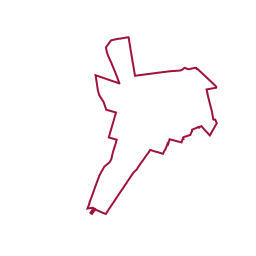 the district of Zeist, Utrecht, Netherlands, rotated 219°
{"feature_id": "6326949B68881677079374", "entity_name": "Zeist", "entity_type": "district", "adm_level": 2, "iso_a3": "NLD", "parent_name": "Netherlands", "parent_adm1": "Utrecht", "projection": "albers", "projection_center": [5.247, 52.115], "detail": "fine", "context": "isolated", "style": "outline", "palette": "rose", "viewbox_px": 256, "rotation_deg": 219, "n_neighbors": 0, "source": "geoboundaries", "source_scale": "gbopen_adm2", "svg_char_len": 5172}
<svg xmlns="http://www.w3.org/2000/svg" viewBox="0 0 256 256"><g transform="rotate(219 128 128)"><path d="M170.7,135.3L164.8,133.3L164.0,133.1L163.4,132.9L156.4,128.5L155.3,129.0L154.4,129.3L152.5,130.2L149.8,131.3L147.0,132.5L145.7,129.3L145.3,128.3L144.6,126.7L142.5,121.7L141.8,120.0L141.2,118.6L140.6,117.1L137.0,108.6L129.4,111.8L128.0,108.6L126.9,105.9L125.8,103.0L125.0,101.0L124.7,100.3L124.5,99.8L121.9,94.4L121.4,93.3L121.3,92.9L121.1,92.1L121.0,91.2L120.8,90.2L120.7,89.8L121.0,88.6L121.3,86.8L121.6,85.5L121.7,85.1L122.1,82.8L121.9,81.9L121.5,79.7L121.1,77.0L121.0,76.6L120.8,76.0L120.7,75.0L120.6,74.8L120.5,74.1L120.3,72.9L119.7,71.2L119.6,70.8L119.5,70.6L119.3,70.3L119.2,69.7L119.0,69.2L118.8,68.5L117.3,64.1L116.3,61.2L115.0,57.5L114.8,56.9L113.2,52.4L110.9,45.5L110.6,45.5L110.4,44.7L110.0,43.6L109.4,41.8L108.8,39.9L108.2,40.6L107.4,41.5L105.5,43.5L104.9,44.1L104.3,43.9L104.1,42.0L104.1,41.7L103.9,40.0L103.8,38.4L103.3,38.4L102.1,38.5L101.9,38.6L102.0,39.0L102.1,40.6L102.1,41.5L102.2,43.6L102.2,43.8L102.2,44.2L102.3,44.4L101.7,44.4L101.2,44.3L100.9,44.3L100.7,44.4L100.4,44.5L99.1,44.9L95.9,45.8L93.9,46.3L93.6,46.4L91.5,47.1L91.2,47.2L91.3,48.6L91.5,50.1L91.5,50.3L91.5,50.6L91.6,51.6L91.7,52.0L91.8,53.1L91.8,53.4L91.8,53.6L91.9,54.1L91.9,54.9L92.1,56.9L92.2,57.8L92.3,58.8L92.6,62.3L92.6,63.0L92.7,63.4L92.7,63.9L92.9,65.5L93.0,66.3L93.0,66.5L93.2,68.5L93.2,68.9L93.3,69.9L93.8,75.2L93.8,75.6L93.9,76.1L93.9,76.6L94.2,80.1L94.3,80.9L94.3,81.5L94.4,82.3L94.5,83.7L94.8,86.3L95.1,89.8L95.3,91.8L95.3,92.7L95.6,95.1L95.6,95.9L95.7,96.7L95.1,101.3L95.2,102.2L95.4,103.1L95.5,104.1L95.6,104.7L95.7,105.7L95.8,107.5L95.9,108.9L96.0,110.6L96.0,110.9L96.0,111.5L96.1,112.8L96.3,115.7L96.4,116.9L96.4,117.5L96.5,118.6L96.5,121.1L96.7,122.7L97.0,124.9L95.0,125.7L93.5,126.3L92.5,126.6L91.9,126.9L89.8,127.9L87.2,128.9L85.6,129.5L84.6,129.9L85.6,134.6L85.6,134.8L85.6,135.3L85.6,135.5L85.7,135.8L85.9,136.0L86.0,136.2L86.1,136.3L86.1,136.5L86.1,136.9L86.1,137.2L86.2,137.3L86.3,137.6L86.8,138.9L87.0,139.6L87.2,140.2L87.4,140.7L87.0,140.6L86.6,140.5L87.2,142.1L87.6,143.0L88.6,145.4L77.8,150.3L77.7,150.4L77.4,150.4L77.3,150.5L77.9,152.0L78.2,152.7L78.5,153.4L77.9,154.3L79.2,155.3L79.1,155.6L79.0,155.9L78.8,156.4L77.3,158.5L76.8,159.3L75.2,161.8L75.3,162.2L75.4,162.6L75.6,163.1L76.4,166.1L76.6,166.4L76.7,166.7L76.9,166.8L77.1,167.0L73.8,173.2L72.2,172.6L73.3,173.4L72.2,175.6L70.8,175.4L70.2,175.3L69.6,175.2L67.9,174.9L67.1,174.8L65.1,174.4L64.7,174.5L63.8,174.3L63.0,174.2L62.9,174.2L62.7,174.2L61.3,173.9L61.2,173.9L60.6,173.8L60.4,173.8L59.7,173.7L59.7,173.8L59.9,174.9L60.0,175.6L60.1,176.0L60.4,177.7L60.5,178.2L60.8,180.3L61.5,184.5L62.0,187.6L62.3,187.8L63.3,188.2L63.6,188.3L63.8,188.5L64.1,188.7L64.4,188.9L64.7,189.0L64.9,189.1L65.1,189.2L65.3,189.1L65.5,189.1L65.7,189.3L65.8,189.2L66.1,188.9L66.3,188.7L66.6,188.5L66.8,188.4L67.0,188.4L67.3,188.5L70.5,191.3L71.3,192.0L72.0,192.6L72.5,193.1L72.9,193.5L73.8,194.1L74.2,194.4L76.5,196.1L78.3,197.4L78.8,197.8L79.1,198.0L81.6,199.9L82.6,200.6L82.9,200.8L83.0,200.9L83.7,201.4L84.1,201.8L85.2,202.6L88.0,204.7L87.9,204.8L89.8,206.3L90.8,207.1L91.2,207.4L88.5,210.5L87.9,211.3L84.8,214.8L85.0,215.2L85.2,215.4L85.4,215.6L88.8,216.0L89.5,216.0L90.6,216.1L92.6,216.3L98.5,216.7L100.6,216.9L100.8,216.9L101.2,216.9L103.2,217.1L106.1,217.3L107.0,217.3L107.7,217.4L111.3,217.6L111.7,217.1L111.8,217.1L112.7,217.6L112.9,217.4L113.0,217.3L113.4,217.2L113.6,217.1L113.8,216.8L114.0,216.6L114.3,216.2L114.6,215.8L115.2,215.1L115.5,214.8L115.8,214.4L117.1,212.7L117.4,212.3L117.7,212.0L117.8,211.9L118.4,211.6L118.7,211.5L119.4,211.2L120.3,210.9L121.0,210.7L121.6,210.6L121.8,210.5L121.9,210.4L122.0,210.3L122.0,210.1L122.4,208.5L122.4,208.1L122.6,207.6L122.6,207.3L122.7,207.2L122.8,206.9L122.9,206.7L123.0,206.5L123.3,205.9L124.3,204.9L124.9,204.3L125.5,203.7L126.0,203.3L126.7,202.6L126.9,202.4L127.5,201.8L130.0,199.6L130.5,199.1L139.8,189.5L142.1,187.0L142.2,186.9L142.3,186.8L152.4,176.2L155.4,173.0L159.3,176.4L160.6,177.6L162.2,179.0L164.1,180.7L164.9,181.3L166.6,182.8L167.7,183.8L168.7,184.7L169.1,185.1L169.8,185.6L170.0,185.8L170.8,186.5L171.0,186.7L171.7,187.4L173.3,188.8L175.2,190.4L175.6,190.8L177.0,192.1L177.4,192.5L178.8,193.7L180.5,195.2L181.4,196.0L181.6,196.1L181.9,196.4L182.2,196.7L183.9,198.2L184.0,198.4L184.1,198.5L184.4,198.8L184.5,198.8L184.5,198.6L185.1,198.3L185.3,198.2L185.5,198.1L185.8,197.8L185.8,197.7L186.0,197.5L186.3,197.2L186.5,196.9L186.7,196.7L186.8,196.6L187.8,195.4L188.3,194.9L188.8,194.3L189.4,193.7L189.9,193.0L189.9,192.9L190.1,192.8L190.3,192.5L190.6,192.2L191.0,191.9L191.4,191.5L191.7,191.2L191.9,191.0L192.0,190.9L192.2,190.7L192.3,190.4L192.6,190.1L193.6,188.9L194.9,187.3L196.3,185.4L196.0,178.6L195.9,176.8L195.7,176.6L192.6,174.0L191.3,173.1L190.7,172.7L187.5,170.9L184.7,169.5L182.2,168.3L181.0,167.6L173.6,163.6L173.2,163.4L171.8,162.6L167.3,160.0L164.4,158.2L162.8,157.3L162.8,157.2L163.0,157.1L163.9,156.8L164.1,156.8L164.2,156.7L165.5,156.2L165.9,156.1L166.3,156.0L169.9,154.6L170.9,154.2L171.9,153.9L186.4,148.6L182.2,144.8L177.4,140.4L176.2,139.3L174.9,138.1L172.1,136.2L170.7,135.3Z" fill="none" stroke="#9f1239" stroke-width="2"/></g></svg>